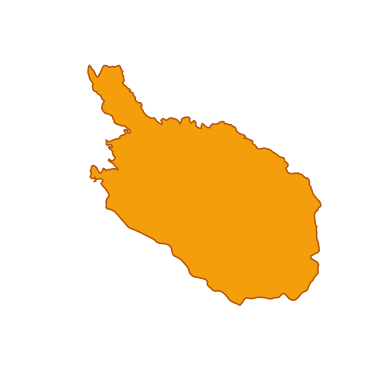 Francisco Dumont, Minas Gerais, Brazil (Equal Earth projection), rotated 297°
{"feature_id": "56859067B1416257735028", "entity_name": "Francisco Dumont", "entity_type": "district", "adm_level": 2, "iso_a3": "BRA", "parent_name": "Brazil", "parent_adm1": "Minas Gerais", "projection": "equal_earth", "projection_center": [-44.252, -17.434], "detail": "fine", "context": "isolated", "style": "filled", "palette": "amber", "viewbox_px": 384, "rotation_deg": 297, "n_neighbors": 0, "source": "geoboundaries", "source_scale": "gbopen_adm2", "svg_char_len": 6051}
<svg xmlns="http://www.w3.org/2000/svg" viewBox="0 0 384 384"><g transform="rotate(297 192 192)"><path d="M169.3,90.9L167.4,91.7L166.1,91.9L164.7,91.7L163.5,93.4L161.9,94.3L160.5,94.2L159.2,94.5L158.4,96.4L159.2,98.0L160.9,99.0L159.5,100.2L160.6,102.1L161.8,103.5L162.4,104.9L162.4,106.8L161.4,107.7L160.1,107.2L158.3,107.1L157.3,108.9L156.6,110.3L156.1,112.0L155.4,113.7L153.3,117.4L152.2,119.1L150.7,119.9L148.8,119.6L147.3,119.2L145.8,119.4L144.5,119.8L143.1,120.7L141.4,121.8L139.0,122.6L138.6,124.3L139.1,125.9L139.5,127.6L139.5,129.2L139.5,130.9L139.3,132.4L137.7,136.8L135.4,142.3L134.2,145.5L133.3,147.5L132.4,149.6L131.7,151.7L131.7,153.8L132.0,155.9L132.1,157.8L132.3,160.0L132.4,162.6L132.5,164.7L132.5,166.6L132.4,168.2L132.6,174.7L132.6,177.7L132.3,180.5L131.6,182.6L131.4,184.3L131.7,186.5L133.1,190.2L133.8,191.8L134.1,193.9L134.1,195.7L133.6,197.6L132.4,199.3L130.7,200.5L128.3,202.7L127.2,204.2L127.0,206.1L127.1,208.0L126.9,211.5L126.6,213.1L126.0,215.1L125.2,216.9L123.9,220.4L123.2,221.9L122.3,223.2L121.4,224.3L119.9,225.6L118.7,227.0L118.0,228.9L117.4,230.5L117.5,232.2L117.9,233.8L118.3,235.4L118.9,237.1L119.2,238.7L120.0,242.1L120.2,243.8L119.8,245.4L118.6,246.8L117.2,247.2L116.1,248.1L115.4,249.8L115.0,251.9L114.5,253.5L113.8,255.7L114.4,258.1L115.7,259.9L116.4,262.2L116.6,264.5L115.9,267.2L115.3,269.3L114.3,271.5L113.2,273.7L112.5,275.8L112.4,278.8L112.7,281.5L112.8,284.3L112.9,286.1L116.4,287.1L118.8,287.2L120.7,287.5L122.0,288.2L123.0,290.2L123.7,293.0L125.0,294.9L126.7,296.6L127.8,298.2L128.8,299.9L129.8,302.0L130.4,303.4L131.0,305.1L131.3,306.9L131.7,308.4L132.3,310.0L133.1,311.5L134.6,313.0L136.0,314.7L136.7,316.1L137.5,317.1L138.8,317.6L140.9,318.2L142.8,318.9L143.3,321.1L142.6,323.2L141.7,325.2L140.9,327.8L141.2,330.6L142.4,332.6L143.9,333.5L145.1,334.1L146.6,334.7L149.7,335.2L152.0,335.8L154.1,337.1L155.7,338.6L157.3,339.2L158.5,339.1L161.2,338.7L163.3,338.7L165.2,338.9L166.7,339.2L168.0,339.7L172.0,339.8L173.5,340.3L174.8,340.7L176.4,341.1L178.0,340.7L180.0,339.3L181.7,338.6L184.8,337.8L186.3,335.6L186.5,333.6L186.6,331.8L186.6,329.8L187.4,327.6L189.1,327.0L191.6,328.9L192.7,329.5L194.2,330.7L195.9,331.9L197.6,332.0L198.8,331.1L200.1,330.4L201.3,329.4L202.7,328.6L203.7,327.7L204.8,327.0L205.8,325.6L207.1,324.5L210.4,322.4L212.0,321.9L213.7,320.7L215.2,319.8L216.4,319.1L217.9,319.0L218.6,317.4L219.8,316.2L222.4,314.6L224.3,313.2L225.9,312.1L227.4,311.5L228.8,311.0L230.7,311.2L232.4,312.1L233.8,312.2L235.4,311.8L237.1,312.9L238.7,313.0L240.1,311.6L241.6,309.8L242.4,306.9L243.3,304.9L245.3,300.9L246.8,299.0L248.2,298.0L249.3,296.3L250.7,295.4L251.4,293.9L252.2,292.6L253.8,292.5L255.0,291.5L255.9,290.5L256.7,289.1L256.3,286.8L256.5,284.6L257.5,281.9L256.9,279.9L257.2,278.1L256.1,276.6L255.0,274.4L253.3,272.2L252.9,269.7L253.4,267.5L254.7,266.5L255.2,265.1L256.7,265.0L258.5,265.7L260.3,264.9L261.2,262.7L261.3,260.8L262.8,259.6L264.1,258.0L263.5,256.1L263.1,253.9L263.8,251.5L264.1,249.4L264.2,247.7L264.5,245.2L265.0,242.6L264.7,240.0L264.1,237.2L263.3,235.5L261.9,234.2L260.8,232.2L260.5,230.1L261.6,228.6L262.4,226.9L262.4,224.6L263.4,223.4L264.9,223.0L265.0,220.9L264.7,218.7L264.6,216.8L264.0,214.2L265.4,214.7L266.2,213.3L266.2,211.2L265.6,208.8L265.8,206.6L266.5,203.9L268.1,202.7L269.2,201.0L269.1,198.4L269.7,196.6L268.8,194.7L268.7,192.1L267.7,190.2L269.0,188.6L268.7,187.0L267.6,186.2L266.7,184.8L264.8,184.3L263.6,182.8L262.7,181.3L262.1,179.4L260.9,179.2L259.5,178.4L257.6,178.7L256.5,177.0L256.6,174.6L257.4,172.2L257.5,170.1L255.5,170.3L253.0,171.1L252.2,170.0L252.2,168.3L252.4,165.9L253.7,164.7L255.1,164.3L256.3,163.0L256.5,161.2L254.4,160.6L253.1,159.9L253.7,158.2L255.1,157.1L256.6,156.7L257.2,155.3L256.2,153.2L255.1,151.6L253.8,150.5L252.1,149.7L250.3,150.2L248.9,150.6L247.3,150.2L248.6,148.6L249.4,146.2L249.6,144.3L249.1,142.5L248.8,140.4L248.0,138.9L246.4,137.8L244.4,136.9L244.2,134.9L244.5,133.1L243.4,132.2L241.6,131.9L240.3,133.9L238.5,134.2L238.5,132.3L238.6,130.3L239.1,128.3L240.3,126.4L240.8,124.5L239.4,122.9L239.1,120.0L239.3,117.4L240.1,114.9L241.2,112.4L242.4,111.2L244.3,107.7L246.1,108.3L247.3,107.3L248.2,105.8L247.3,104.0L247.5,101.1L248.7,99.4L250.5,98.6L251.2,96.8L252.3,95.3L253.7,94.0L253.1,92.2L253.6,90.5L254.8,90.9L255.3,89.2L255.3,87.5L256.1,85.2L256.7,82.2L257.8,80.6L259.3,81.0L260.9,80.8L262.2,79.3L263.8,78.8L264.7,77.3L266.1,75.8L267.9,75.7L268.9,73.5L269.9,72.3L271.0,71.5L271.6,69.5L270.3,68.1L268.6,66.9L267.8,64.0L266.3,62.8L265.5,60.9L265.9,58.8L264.9,56.5L263.4,55.9L261.6,55.9L258.5,56.1L256.8,56.2L255.6,56.1L254.1,56.0L252.7,56.1L251.5,55.5L252.2,53.4L253.4,52.1L254.8,50.3L255.7,48.9L256.2,46.8L257.4,45.4L258.3,43.2L256.9,42.9L255.5,43.5L254.0,43.8L252.7,44.4L251.3,45.1L250.2,46.0L249.1,47.3L247.9,48.2L246.9,49.1L245.9,50.4L244.7,52.4L243.8,54.0L242.9,55.1L241.2,55.1L239.7,56.3L238.5,57.1L237.6,58.7L237.8,61.4L236.6,63.8L236.6,66.3L235.4,68.0L234.0,69.5L233.4,72.2L232.0,72.6L230.7,72.4L229.1,72.5L227.8,73.0L226.3,73.2L224.7,74.6L223.7,76.3L222.8,78.7L223.3,81.2L223.7,83.3L223.5,85.2L223.0,87.2L221.7,88.0L220.8,89.6L219.4,90.7L218.4,92.3L218.4,94.7L218.9,97.2L219.1,99.8L220.4,101.2L219.8,103.8L219.5,106.6L218.8,108.9L217.7,109.9L215.8,109.5L215.6,107.7L217.4,107.3L218.0,105.6L217.1,104.1L215.9,103.4L215.1,105.1L213.9,106.3L212.3,105.6L210.9,103.8L208.9,102.6L206.9,103.1L205.5,101.1L204.1,99.6L202.9,98.6L201.8,97.4L200.0,96.3L198.9,94.6L199.2,92.1L197.6,93.1L195.7,93.9L195.1,95.2L196.1,96.3L197.1,97.6L197.3,99.1L196.0,100.6L195.0,99.7L194.9,97.8L193.7,97.5L193.0,99.5L192.8,101.2L192.1,102.8L190.7,103.4L189.5,104.6L188.5,105.9L188.2,107.8L187.0,108.1L185.1,107.7L183.6,106.9L183.2,105.3L183.6,103.2L182.4,103.2L181.8,105.3L181.7,107.1L181.5,108.6L181.0,110.0L180.1,112.2L179.3,114.6L178.2,115.8L177.8,113.1L176.9,111.2L174.6,108.3L173.7,106.7L172.1,105.5L172.9,103.8L172.7,102.2L171.4,102.5L170.0,102.5L168.5,102.3L167.0,101.1L168.1,98.9L169.3,97.4L170.5,95.8L170.9,93.8L170.9,92.1L169.3,90.9ZM159.5,100.2L157.1,100.3L158.1,101.4L159.5,100.2Z" fill="#f59e0b" stroke="#b45309" stroke-width="1.5"/></g></svg>